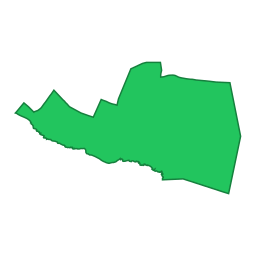 Falelatai & Samatau, Aiga-i-le-Tai, Samoa (Albers equal-area conic projection)
{"feature_id": "51752279B18157705757653", "entity_name": "Falelatai & Samatau", "entity_type": "district", "adm_level": 2, "iso_a3": "WSM", "parent_name": "Samoa", "parent_adm1": "Aiga-i-le-Tai", "projection": "albers", "projection_center": [-172.03, -13.899], "detail": "fine", "context": "isolated", "style": "filled", "palette": "green", "viewbox_px": 256, "rotation_deg": 0, "n_neighbors": 0, "source": "geoboundaries", "source_scale": "gbopen_adm2", "svg_char_len": 2838}
<svg xmlns="http://www.w3.org/2000/svg" viewBox="0 0 256 256"><path d="M146.5,62.4L142.6,63.4L130.9,68.8L118.5,98.8L117.0,105.2L115.0,104.5L113.8,104.3L111.8,103.8L109.3,102.9L106.0,101.3L102.8,100.2L101.2,99.5L93.3,117.2L88.9,115.8L81.0,113.0L70.5,107.3L70.2,107.1L69.5,106.8L66.8,103.7L65.3,102.4L64.8,101.5L62.9,99.8L53.9,90.2L51.3,94.0L49.8,95.9L48.4,97.9L45.6,101.9L44.0,103.9L41.3,107.7L39.7,109.1L37.8,110.5L33.9,111.9L33.8,112.1L28.4,106.7L23.9,102.9L19.5,108.2L16.6,111.7L15.4,113.0L16.7,113.4L18.1,114.4L20.6,115.7L24.8,117.5L27.3,118.7L29.7,120.5L30.8,122.1L30.6,122.8L31.3,123.1L31.2,123.8L32.4,124.8L33.2,125.9L33.1,126.6L33.5,128.3L34.3,128.7L34.7,128.5L35.6,128.9L36.6,129.6L36.8,130.1L36.4,130.6L36.8,131.2L38.1,131.3L38.6,132.0L39.0,131.8L39.5,132.3L39.7,133.2L40.6,133.3L39.9,134.0L40.9,134.7L41.6,134.8L42.2,135.2L42.8,135.2L44.0,135.7L44.0,136.3L43.5,137.3L43.7,137.8L44.9,138.0L45.7,137.8L46.0,138.3L46.8,138.7L46.7,139.3L47.9,139.0L48.6,139.4L50.8,139.5L51.1,140.1L52.1,140.8L53.1,141.0L55.0,141.2L57.4,142.1L57.6,143.1L58.0,143.3L59.8,143.3L60.5,143.9L63.2,145.2L63.9,145.1L64.9,145.7L64.9,146.6L65.8,147.2L66.4,147.1L67.6,147.6L68.9,147.4L70.0,147.8L70.8,147.1L71.7,147.5L72.3,147.3L72.6,147.7L72.3,148.3L73.1,149.0L74.3,148.9L74.4,148.4L75.3,148.7L77.2,148.6L77.7,149.0L79.7,148.9L80.7,148.5L82.8,148.6L84.3,148.4L85.4,149.4L85.8,150.3L85.9,152.3L86.1,152.8L87.0,153.8L88.2,153.9L89.5,154.9L90.2,155.0L91.1,154.9L92.5,155.4L95.3,156.6L99.5,158.8L101.3,160.2L103.4,161.4L105.4,162.2L106.1,162.6L107.5,163.0L109.0,163.3L112.2,162.5L113.5,162.5L115.8,161.8L116.9,161.0L117.2,160.5L117.7,160.3L119.3,159.4L120.2,158.5L120.7,159.6L121.5,158.9L122.4,159.3L122.7,159.7L122.5,160.3L122.9,161.2L123.4,161.3L125.1,161.2L127.1,160.6L129.0,160.3L129.4,161.2L131.3,161.6L131.8,160.9L132.6,160.8L133.5,161.0L133.9,161.4L135.2,161.9L136.1,161.3L136.2,161.7L137.8,161.4L138.5,161.6L139.0,162.1L138.4,162.7L138.8,163.2L139.4,162.9L139.8,163.2L140.0,164.2L139.9,164.8L140.6,165.2L141.5,165.3L142.0,164.9L143.0,165.4L143.8,165.3L144.0,164.2L144.6,164.1L145.4,164.4L145.5,164.9L147.2,165.5L147.5,165.1L148.4,165.4L149.7,165.9L150.9,166.7L151.7,167.5L152.5,168.3L151.9,169.1L153.2,170.2L154.6,169.3L154.1,170.5L155.2,171.2L156.5,170.9L157.5,171.6L158.2,172.0L159.9,171.9L159.9,172.2L160.9,172.1L161.4,171.2L161.8,171.3L162.0,172.7L162.7,173.6L162.7,174.2L161.6,173.9L161.4,174.4L162.0,175.4L162.5,176.6L163.2,176.9L163.3,177.6L162.5,178.4L162.5,179.8L183.1,178.9L223.1,191.9L228.6,193.6L240.6,136.3L229.9,82.7L216.1,82.1L209.8,81.3L206.9,81.0L196.0,80.0L194.1,79.6L192.2,79.3L190.8,79.3L186.6,78.8L185.0,78.5L181.5,77.9L178.7,77.2L177.3,76.5L175.2,75.5L173.8,75.2L172.5,75.1L170.1,75.2L168.2,75.4L163.7,76.8L160.7,77.1L160.7,74.9L160.9,73.3L161.6,70.3L160.4,62.4L146.5,62.4Z" fill="#22c55e" stroke="#15803d" stroke-width="1.5"/></svg>